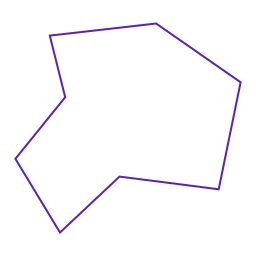 Akhangaran city, Tashkent, Uzbekistan (Albers equal-area conic projection)
{"feature_id": "79887680B16924900870232", "entity_name": "Akhangaran city", "entity_type": "district", "adm_level": 2, "iso_a3": "UZB", "parent_name": "Uzbekistan", "parent_adm1": "Tashkent", "projection": "albers", "projection_center": [69.611, 40.88], "detail": "fine", "context": "isolated", "style": "outline", "palette": "violet", "viewbox_px": 256, "rotation_deg": 0, "n_neighbors": 0, "source": "geoboundaries", "source_scale": "gbopen_adm2", "svg_char_len": 226}
<svg xmlns="http://www.w3.org/2000/svg" viewBox="0 0 256 256"><path d="M240.6,82.3L156.1,23.5L49.8,35.6L65.2,97.2L15.4,158.8L60.0,232.5L119.5,176.6L218.7,189.3L240.6,82.3Z" fill="none" stroke="#5b21b6" stroke-width="2"/></svg>